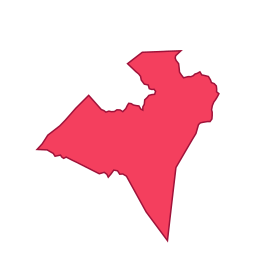 the district of Ingá, Paraíba, Brazil, rotated 21°
{"feature_id": "56859067B54880243717601", "entity_name": "Ingá", "entity_type": "district", "adm_level": 2, "iso_a3": "BRA", "parent_name": "Brazil", "parent_adm1": "Paraíba", "projection": "robinson", "projection_center": [-35.625, -7.279], "detail": "fine", "context": "isolated", "style": "filled", "palette": "rose", "viewbox_px": 256, "rotation_deg": 21, "n_neighbors": 0, "source": "geoboundaries", "source_scale": "gbopen_adm2", "svg_char_len": 1459}
<svg xmlns="http://www.w3.org/2000/svg" viewBox="0 0 256 256"><g transform="rotate(21 128 128)"><path d="M55.7,163.4L53.6,173.5L50.8,180.6L60.4,177.4L63.2,177.9L67.3,178.5L70.0,180.5L74.7,177.5L76.5,178.8L78.8,179.4L80.7,177.3L87.1,178.0L92.0,178.4L117.6,181.0L121.7,177.9L124.9,178.8L127.2,181.0L128.6,177.0L129.8,172.4L133.6,171.7L136.8,174.1L139.6,172.8L143.8,173.5L175.1,199.9L205.2,219.0L199.9,198.6L191.7,166.6L186.9,147.7L192.1,115.9L193.4,108.8L192.6,99.6L193.7,97.3L196.1,95.7L199.9,93.5L202.3,92.6L203.1,89.5L202.1,86.1L200.9,83.0L199.5,81.1L198.7,76.9L198.8,73.0L199.6,70.1L200.2,66.8L200.6,63.4L197.7,62.4L196.9,60.0L195.4,57.1L192.6,55.7L189.6,55.7L187.7,53.5L184.6,51.1L181.0,51.5L177.8,52.0L175.0,49.8L173.0,52.2L171.2,53.6L170.1,55.9L168.4,57.5L165.7,58.5L161.9,61.2L158.7,59.3L156.1,57.4L154.1,53.4L152.2,49.8L148.7,47.7L147.0,45.8L146.6,43.4L149.7,37.0L136.7,42.5L133.8,43.8L127.3,46.6L114.2,52.2L111.5,56.6L104.5,68.1L115.0,72.5L118.6,73.7L121.2,75.3L123.2,78.5L127.5,81.2L131.4,80.6L133.8,83.7L136.4,83.5L138.5,82.5L140.6,83.9L140.8,87.0L138.2,88.3L135.8,90.1L135.0,92.6L133.5,95.7L134.7,100.0L134.3,103.0L135.4,106.0L133.1,105.7L130.3,103.5L127.3,104.2L124.8,104.6L122.2,104.1L119.8,104.7L119.3,107.3L119.0,110.7L117.3,114.6L114.1,114.0L111.1,115.0L109.4,117.5L106.7,118.7L104.1,119.1L101.7,121.1L99.3,120.4L96.4,120.3L79.6,111.6L72.2,128.2L66.7,143.1L63.6,150.4L55.7,163.4Z" fill="#f43f5e" stroke="#9f1239" stroke-width="1.5"/></g></svg>